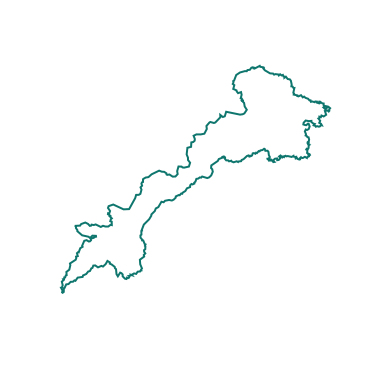 Tulcan, Carchi, Ecuador, rotated 113°
{"feature_id": "8360857B85617002422218", "entity_name": "Tulcan", "entity_type": "district", "adm_level": 2, "iso_a3": "ECU", "parent_name": "Ecuador", "parent_adm1": "Carchi", "projection": "robinson", "projection_center": [-78.021, 0.901], "detail": "fine", "context": "isolated", "style": "outline", "palette": "teal", "viewbox_px": 384, "rotation_deg": 113, "n_neighbors": 0, "source": "geoboundaries", "source_scale": "gbopen_adm2", "svg_char_len": 6009}
<svg xmlns="http://www.w3.org/2000/svg" viewBox="0 0 384 384"><g transform="rotate(113 192 192)"><path d="M237.6,263.2L239.5,263.1L241.5,260.0L244.3,259.8L244.3,260.9L245.3,260.7L245.8,257.7L246.4,257.4L246.7,257.8L247.6,255.5L248.7,256.1L250.8,255.8L250.7,254.3L253.8,252.9L254.0,254.1L256.5,255.6L257.6,258.1L257.9,260.7L259.8,262.3L259.5,268.0L260.8,269.5L261.3,271.7L262.3,271.7L263.1,272.8L262.0,275.2L261.8,278.3L264.8,281.5L266.7,281.9L269.0,286.7L268.9,285.3L270.5,284.8L271.9,282.6L272.9,282.2L274.8,276.2L273.6,269.7L274.2,267.9L271.1,266.6L269.9,263.3L270.6,262.9L271.3,264.3L271.7,264.0L272.6,264.6L274.6,267.0L275.9,266.1L277.3,266.7L277.9,267.7L277.5,270.2L279.0,272.1L284.5,272.1L285.2,271.3L287.4,272.9L291.8,272.7L291.8,273.3L293.3,274.0L295.6,272.1L296.8,273.5L298.1,272.7L299.8,272.6L305.5,276.4L306.9,275.4L311.4,274.6L314.7,276.4L317.5,274.9L318.1,275.6L320.1,275.4L320.5,276.2L322.3,275.7L322.7,276.5L323.3,275.8L325.4,276.8L328.3,274.6L330.9,274.4L331.3,275.1L333.4,272.6L335.1,272.4L335.3,271.7L334.1,271.0L330.6,272.4L330.1,271.8L326.2,271.7L325.0,269.7L322.1,268.6L321.1,266.5L319.3,265.7L319.3,264.6L315.5,263.8L312.9,259.5L311.4,259.7L308.8,257.3L305.8,256.5L304.7,255.1L301.6,254.8L300.8,254.0L298.3,254.1L297.4,252.4L298.1,249.1L295.4,246.5L295.4,244.8L292.1,243.3L288.5,242.9L288.9,240.1L290.1,239.7L290.1,237.7L291.1,233.9L292.2,233.2L292.7,231.8L297.1,229.4L298.6,227.3L294.3,226.6L294.3,225.2L295.0,223.6L296.7,222.9L298.0,219.8L297.7,218.4L296.2,218.4L296.3,217.3L295.4,216.5L293.9,216.6L293.8,217.2L292.6,215.7L292.1,216.1L292.0,214.6L291.7,215.1L289.6,213.5L289.2,211.4L286.6,210.9L285.4,208.7L284.6,208.7L284.0,207.9L283.3,208.5L281.9,208.2L278.8,211.4L274.7,213.5L270.1,210.8L268.8,211.8L266.8,211.0L265.7,212.7L264.3,213.4L262.9,212.7L260.4,213.6L260.0,214.3L258.4,214.3L258.4,215.2L255.7,217.9L256.0,219.0L255.4,219.1L254.1,221.6L252.1,222.5L251.0,221.9L247.7,223.4L247.1,222.9L246.5,223.4L240.8,223.6L233.9,220.8L229.8,220.2L228.5,220.6L224.1,218.8L221.3,218.9L219.1,217.1L212.9,216.3L212.5,214.1L210.6,213.4L208.3,210.0L207.7,207.2L206.2,205.9L203.6,204.8L202.4,205.2L199.9,202.9L199.8,202.1L197.7,201.4L197.4,200.3L196.4,200.4L193.7,198.5L190.6,198.1L188.2,195.7L186.5,196.3L184.8,195.6L184.8,194.4L183.3,193.1L182.6,193.6L181.1,192.9L178.2,193.1L177.3,191.6L175.5,190.5L175.2,189.2L173.8,188.7L173.2,183.4L171.8,181.9L169.2,180.8L165.2,180.8L163.1,182.3L162.5,183.8L160.0,184.6L153.4,180.4L151.2,180.2L148.7,177.6L148.1,177.9L147.3,177.2L147.7,176.4L146.9,176.2L147.2,175.1L148.7,174.5L149.5,172.9L148.8,171.0L149.3,169.9L147.9,168.1L148.4,167.6L148.4,165.3L146.3,162.9L146.4,161.3L145.8,161.2L144.4,158.8L143.1,158.8L141.7,157.4L137.4,155.5L136.3,154.3L136.7,153.6L136.2,153.1L136.8,152.8L135.9,151.7L134.9,151.0L132.7,151.2L132.0,150.2L132.0,148.6L130.8,148.4L130.8,147.4L128.3,146.6L128.2,145.7L127.0,145.3L125.8,143.5L124.0,142.5L124.0,141.8L125.4,140.6L124.5,138.6L125.2,137.3L128.1,135.6L129.4,134.0L131.4,134.6L131.9,135.5L132.3,135.2L132.4,133.7L133.0,133.4L132.3,131.9L131.3,132.7L131.2,131.6L132.7,128.8L132.1,127.9L131.6,129.1L130.5,129.4L128.9,128.6L127.9,126.8L129.4,126.0L128.6,124.7L126.2,123.9L125.3,125.7L123.8,124.8L124.7,122.2L123.7,122.0L123.8,121.0L123.1,121.1L122.1,120.0L122.4,119.2L121.5,117.9L120.8,114.0L119.2,112.8L119.8,112.5L119.3,110.6L120.3,109.9L119.3,109.5L120.1,109.0L119.8,108.3L120.3,107.7L120.2,105.9L119.7,105.3L118.8,105.9L117.4,105.3L117.8,104.5L117.4,103.3L115.5,101.8L115.8,99.5L115.0,99.6L113.5,98.3L112.4,99.3L112.5,98.3L111.8,97.9L111.3,98.5L111.1,101.3L108.1,102.2L108.2,103.4L107.3,103.3L106.9,102.0L105.9,101.9L103.5,102.8L102.8,102.4L102.8,103.7L101.9,104.7L101.1,103.8L100.5,104.8L99.7,104.3L97.9,104.7L96.1,106.1L96.4,107.2L95.6,108.3L95.6,109.5L94.3,109.6L92.1,111.8L90.0,111.7L90.0,110.4L88.5,109.2L85.7,109.3L83.6,111.3L83.8,112.0L85.8,112.9L86.2,114.2L86.3,115.9L84.6,116.3L81.8,115.3L81.1,112.1L79.9,109.9L80.9,109.5L81.6,107.0L81.4,105.6L83.1,106.0L82.9,104.4L83.5,103.5L82.5,102.6L82.3,100.7L81.5,99.8L80.1,99.5L79.9,98.5L78.8,99.9L78.6,101.9L76.4,101.8L75.0,104.3L74.4,103.6L72.9,104.2L72.7,102.6L71.0,102.7L71.0,100.3L68.5,98.7L65.5,101.3L64.0,99.1L64.5,97.6L63.6,97.3L62.2,98.0L60.9,97.6L60.2,100.0L60.6,102.0L61.7,100.7L63.8,101.5L62.8,104.0L61.8,103.1L60.9,104.6L59.1,105.4L59.5,106.6L58.8,109.6L59.1,110.1L60.2,109.0L60.7,109.4L60.9,111.9L60.0,112.3L60.5,113.9L61.4,114.1L61.7,116.8L62.5,117.7L61.3,118.7L61.8,119.6L60.8,121.6L61.0,124.2L60.4,126.1L61.6,127.0L60.3,129.5L62.4,131.4L62.5,132.6L61.9,132.8L62.6,136.4L61.5,136.5L61.1,137.5L56.3,138.4L56.7,139.1L55.6,140.7L55.9,141.8L54.0,142.3L50.9,144.5L50.1,145.9L50.6,148.1L49.2,150.6L50.6,151.5L49.6,151.8L49.9,152.9L48.7,154.1L49.7,155.1L49.2,156.9L50.8,157.6L50.1,158.5L50.9,161.3L51.9,162.3L51.3,163.6L52.3,166.5L51.5,172.5L50.5,174.5L49.7,174.2L49.3,174.8L50.1,178.1L49.4,178.9L54.0,182.7L54.1,183.4L53.3,183.3L53.5,184.9L54.4,185.9L56.9,186.5L58.1,188.6L59.4,188.8L60.1,190.6L63.2,194.5L67.0,197.0L73.1,196.8L73.8,197.4L75.2,196.6L76.6,196.7L77.1,194.8L81.0,194.3L81.1,190.7L81.9,190.2L83.0,188.2L80.9,185.9L83.1,184.3L86.6,183.8L86.4,183.0L87.1,181.9L88.2,182.3L88.7,181.7L88.2,180.6L89.2,180.1L89.6,178.9L92.7,176.9L94.9,173.7L99.2,174.5L100.6,175.7L102.0,178.0L104.8,191.9L109.5,191.4L110.9,192.9L110.0,196.1L112.1,195.1L118.9,197.7L119.9,198.8L120.4,202.5L121.2,203.1L125.6,204.5L128.2,203.0L133.5,203.4L135.6,206.5L137.2,210.4L139.6,212.5L142.1,210.1L143.8,209.6L145.5,210.4L146.6,212.0L150.8,210.5L153.1,213.5L159.5,211.6L162.0,209.1L164.1,208.2L165.8,205.2L169.8,204.8L172.6,208.7L173.1,210.3L172.7,211.5L173.8,214.4L178.6,213.8L181.1,212.2L184.2,213.3L185.4,215.8L184.7,219.6L185.9,221.5L185.8,222.3L184.8,222.9L184.3,225.5L185.1,227.7L185.2,230.6L191.5,236.1L195.3,237.9L196.8,240.3L198.7,241.7L199.4,242.1L201.9,241.0L202.7,241.8L204.1,241.8L205.7,240.4L207.8,241.2L209.6,239.4L213.9,238.8L215.4,239.9L216.5,242.3L219.8,241.9L232.3,243.2L234.7,248.2L234.3,259.6L237.6,263.2Z" fill="none" stroke="#0f766e" stroke-width="2"/></g></svg>